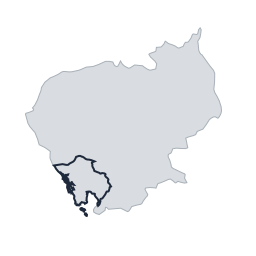 location of Kaôh Kong within Cambodia, rotated 347°
{"feature_id": "KHM-1779", "entity_name": "Kaôh Kong", "entity_type": "Province", "adm_level": 1, "iso_a3": "KHM", "parent_name": "Cambodia", "parent_adm1": "", "projection": "orthographic", "projection_center": [103.349, 11.344], "detail": "fine", "context": "in_parent", "style": "outline", "palette": "slate", "viewbox_px": 256, "rotation_deg": 347, "n_neighbors": 0, "source": "natural_earth", "source_scale": "10m", "svg_char_len": 7865}
<svg xmlns="http://www.w3.org/2000/svg" viewBox="0 0 256 256"><g transform="rotate(347 128 128)"><path d="M220.8,46.6L221.4,48.7L220.0,52.6L218.4,56.2L215.4,59.3L215.3,61.6L214.4,68.5L214.8,70.6L215.5,72.5L216.6,73.5L219.3,80.1L221.9,86.2L224.3,91.1L224.8,94.3L222.8,102.3L220.3,109.7L220.6,113.3L221.8,117.0L223.0,121.9L223.5,128.1L223.0,132.2L221.8,134.8L219.7,137.4L217.8,138.7L215.4,136.6L213.5,136.5L211.1,137.2L209.1,138.2L205.2,142.1L200.8,145.9L194.7,146.9L192.4,149.7L189.9,150.1L185.0,150.3L181.9,150.9L182.0,152.3L181.8,158.9L181.9,160.4L181.4,160.8L179.3,161.0L175.5,160.0L170.5,158.5L166.9,158.3L165.1,161.1L164.0,162.2L162.7,162.4L161.3,162.9L160.8,164.2L160.7,165.8L161.4,168.5L161.7,172.8L161.5,175.8L162.9,177.6L170.6,183.8L172.9,185.4L173.2,186.3L171.8,189.7L173.1,194.5L170.7,194.4L166.6,192.4L164.7,191.2L162.4,192.2L161.6,192.0L160.0,189.7L157.9,187.3L155.8,187.2L151.3,188.1L146.7,188.8L145.0,188.8L144.3,189.3L141.7,192.9L140.5,192.3L135.9,190.9L131.7,190.4L130.8,191.4L131.4,194.3L132.3,197.1L131.8,198.3L129.5,199.9L126.4,202.6L124.5,204.7L123.2,205.2L118.6,205.1L113.9,205.4L112.1,207.4L110.3,209.0L108.8,209.4L102.8,204.5L90.7,202.8L89.4,200.7L88.2,200.3L87.1,203.1L80.5,205.8L77.7,204.2L75.7,202.2L76.0,199.8L77.9,197.8L81.2,196.4L82.7,191.4L80.2,185.1L78.0,183.2L75.7,181.7L73.3,184.1L71.2,188.2L69.1,190.2L66.1,190.7L61.6,190.5L59.9,184.5L59.4,179.3L60.0,173.4L60.6,169.9L56.4,165.1L56.2,160.5L54.1,158.1L53.5,159.3L53.6,160.6L53.0,159.7L46.3,146.2L45.2,139.9L46.4,135.1L47.1,133.5L45.1,131.0L42.4,128.1L37.7,124.3L37.4,118.3L36.3,111.3L34.9,108.9L32.7,104.6L31.6,101.0L31.2,91.5L31.8,90.7L35.2,90.5L39.5,89.8L40.2,88.3L39.4,87.0L42.2,84.9L46.2,80.2L49.3,75.3L51.5,72.2L52.8,69.1L57.3,64.7L63.4,61.7L67.6,61.0L72.0,60.0L76.1,58.5L78.1,58.4L83.3,60.1L86.0,60.6L89.0,60.6L92.0,60.7L94.7,60.5L101.0,59.3L107.7,60.2L113.7,59.5L121.1,58.0L124.8,58.9L128.1,60.3L128.6,63.2L129.3,64.5L130.5,65.5L131.9,65.5L133.8,63.5L135.4,61.4L135.9,61.0L136.0,62.0L136.8,64.3L138.2,66.5L139.6,67.9L142.0,69.9L143.6,69.9L148.7,68.1L156.3,70.7L157.2,72.0L159.7,74.7L162.4,76.7L168.3,76.7L170.4,71.9L169.3,69.0L165.9,63.9L164.9,60.9L166.0,60.3L171.7,59.7L172.6,59.1L173.8,55.8L175.4,56.1L178.6,56.5L181.9,54.2L183.8,51.8L184.9,52.9L186.2,54.6L187.5,55.5L189.9,56.9L192.6,58.9L194.3,60.9L195.6,61.6L199.0,61.0L199.9,61.1L201.8,58.7L203.2,57.4L204.4,57.7L206.1,57.7L209.6,54.6L211.6,51.7L212.6,51.0L215.8,52.3L217.1,52.0L218.9,48.1L220.8,46.6ZM57.7,176.5L57.0,176.9L56.4,176.9L55.8,176.3L55.8,174.1L56.3,172.8L57.4,172.6L57.7,176.5ZM67.7,197.9L66.4,199.4L64.2,196.3L64.3,195.5L67.7,197.9Z" fill="#d9dde1" stroke="#a8b0b8" stroke-width="1"/><path d="M52.8,162.9L53.4,162.1L53.3,159.9L52.8,158.4L51.8,156.8L50.2,154.6L48.6,151.3L48.2,149.5L47.6,148.2L47.4,147.9L48.0,147.9L56.1,148.5L57.5,149.1L58.3,149.5L59.2,149.9L60.1,150.2L60.8,150.3L61.4,150.4L61.9,150.2L62.8,149.6L63.4,149.4L66.9,148.5L68.3,147.7L69.0,147.0L70.1,145.7L70.6,144.9L70.9,144.5L71.2,144.4L72.2,144.4L73.2,144.2L74.1,144.2L75.2,144.5L75.4,144.6L75.7,144.8L76.1,145.2L76.3,145.4L77.2,145.8L77.3,145.8L78.8,147.3L79.4,148.2L79.7,148.5L80.0,148.8L80.8,149.3L81.4,149.6L82.4,149.9L83.1,150.1L83.7,150.4L83.8,150.5L84.9,151.0L85.3,151.2L86.1,151.8L87.5,152.7L87.9,153.0L85.3,153.4L85.1,153.5L84.9,153.8L84.9,154.0L84.9,154.3L85.0,154.6L85.1,154.8L85.1,155.2L85.1,155.7L84.8,156.4L84.7,156.8L84.7,157.2L84.8,158.0L85.5,160.6L85.5,161.0L85.5,161.6L85.5,162.0L85.6,162.4L85.8,162.5L86.3,162.8L86.5,162.8L87.3,163.5L89.9,165.2L90.3,165.5L90.5,166.0L90.8,166.2L91.3,166.3L91.5,166.3L91.9,166.2L92.2,166.1L92.6,166.1L93.3,166.3L93.9,166.6L94.9,167.0L95.6,167.7L95.7,167.9L95.7,168.1L95.2,168.7L95.0,169.2L95.0,169.5L95.1,169.8L95.6,170.9L95.8,171.1L96.3,171.7L96.6,172.1L97.1,173.1L97.3,173.6L97.3,174.0L97.1,174.3L96.8,174.6L96.7,174.9L96.6,175.3L96.4,176.2L96.4,176.6L96.4,176.8L96.5,177.1L96.9,177.5L97.2,177.8L98.3,181.2L97.1,181.5L96.9,181.5L96.7,181.7L96.5,182.6L95.4,184.5L94.9,185.2L94.7,185.3L94.3,185.4L94.0,185.4L93.7,185.3L93.5,185.2L93.2,185.1L92.8,185.3L92.5,185.6L90.8,187.7L87.7,190.4L87.1,190.8L86.8,190.9L86.5,190.9L86.4,190.9L85.6,190.9L85.3,191.0L85.1,191.3L84.8,191.9L84.7,192.2L84.7,192.5L84.7,193.0L84.6,193.3L84.5,193.6L83.9,194.5L83.6,195.1L83.5,195.4L83.3,195.6L82.5,196.4L81.5,197.0L81.5,196.8L81.0,196.6L80.9,196.4L81.1,194.8L81.2,194.5L81.5,194.2L82.0,194.0L82.4,193.7L82.7,193.1L82.8,192.7L82.7,191.2L82.2,189.9L81.1,188.0L80.4,186.1L80.9,184.9L80.2,184.3L79.9,184.2L78.8,184.1L78.3,183.9L78.0,183.6L77.6,182.2L76.8,181.5L75.7,181.1L74.6,181.0L74.9,181.3L74.4,182.0L74.1,182.0L73.9,181.8L73.8,181.7L73.3,181.6L73.3,181.8L73.5,182.2L73.3,182.8L72.6,183.9L73.3,183.5L73.4,183.9L73.1,184.6L72.2,186.3L71.9,187.0L71.8,187.9L71.4,188.9L71.3,189.3L71.4,189.7L71.5,190.3L71.6,190.7L71.4,191.3L70.9,191.6L70.3,191.8L69.8,191.6L69.6,191.8L69.0,192.1L68.7,191.2L67.9,190.7L67.0,190.3L66.3,189.8L64.7,190.7L64.1,191.3L64.2,191.9L63.7,191.9L63.3,191.9L62.9,192.1L62.7,192.4L62.0,192.0L61.1,191.9L60.7,191.7L61.2,191.1L60.0,190.2L59.8,190.1L59.5,189.8L59.7,189.1L60.0,188.5L60.2,188.4L60.1,187.2L59.7,185.3L59.6,184.2L59.8,183.9L60.0,183.5L60.3,183.0L60.4,182.3L60.4,181.7L60.2,181.2L59.6,180.2L59.5,179.6L59.5,179.3L59.3,179.1L59.0,179.0L58.3,179.0L58.1,179.0L58.2,178.5L58.6,178.3L58.9,178.0L58.6,177.6L58.6,177.4L58.9,177.0L59.9,176.0L61.0,175.4L61.4,175.9L61.7,175.9L61.6,175.3L61.3,174.3L61.2,173.8L60.7,174.0L60.4,174.1L60.2,174.3L59.7,173.9L59.6,173.4L59.6,172.9L59.4,172.2L59.2,171.7L58.6,170.9L58.4,170.4L58.7,170.5L58.8,170.5L58.9,171.0L59.2,171.0L59.4,170.5L59.8,170.2L60.2,170.0L60.8,169.9L61.3,170.1L61.9,171.0L62.5,171.2L61.3,169.0L60.9,168.6L61.1,168.2L60.9,168.1L60.7,168.6L60.8,168.9L60.8,169.3L60.5,169.6L60.2,169.6L59.8,169.5L59.4,168.8L58.4,168.3L58.1,167.5L58.1,166.5L58.1,165.8L57.9,166.0L58.0,165.3L58.1,165.0L57.8,165.0L57.6,164.9L57.4,164.5L57.4,165.8L57.3,166.4L57.1,166.8L56.9,166.8L56.5,166.7L56.0,166.8L55.4,167.1L55.1,167.3L54.3,166.3L55.1,165.8L55.3,166.0L55.8,166.5L56.1,166.5L56.0,166.2L55.6,165.7L55.4,165.3L55.4,163.7L55.8,163.3L56.3,163.5L56.9,163.8L57.6,163.7L57.6,163.4L57.2,163.5L56.8,163.4L56.5,163.2L56.4,162.9L56.4,162.7L56.6,162.7L56.6,162.4L56.3,162.6L56.1,162.7L55.9,162.7L55.8,162.4L55.6,161.9L55.4,161.9L55.4,162.7L55.1,162.4L55.1,163.2L54.9,163.2L54.9,162.2L55.1,161.4L55.5,160.8L56.1,160.4L56.5,160.2L56.8,160.1L57.1,160.2L57.5,160.5L58.0,160.7L58.5,160.6L58.9,160.3L59.2,159.8L58.9,159.8L58.6,160.3L58.1,160.3L57.6,160.0L57.1,159.6L56.9,159.6L55.4,160.3L55.2,160.1L54.9,159.6L54.7,159.1L54.6,158.7L54.4,158.4L53.5,157.9L52.3,156.0L52.1,156.0L52.6,157.2L54.4,159.1L54.9,160.3L54.8,161.0L54.4,162.1L54.3,162.7L54.7,164.3L54.7,164.9L54.3,165.8L54.3,165.3L53.9,164.6L53.8,164.1L53.7,163.8L53.1,163.2L52.8,162.9ZM57.4,173.8L57.6,174.2L57.7,174.5L57.8,174.8L57.6,175.1L57.8,175.6L57.8,176.3L57.6,177.0L57.4,177.4L56.9,177.7L56.3,177.7L55.9,177.5L56.1,177.1L55.7,176.7L55.6,175.9L55.6,174.6L55.3,172.9L55.3,172.0L55.6,171.2L55.7,171.4L55.8,171.5L56.3,171.4L56.6,171.3L56.9,171.5L57.4,172.5L57.4,172.9L57.3,173.3L57.4,173.8ZM67.0,197.4L67.1,197.6L67.5,197.6L67.7,197.8L67.8,198.3L67.3,198.5L66.8,198.7L66.5,199.1L66.3,199.6L65.9,199.4L65.8,198.9L65.7,198.5L65.6,198.3L65.6,198.2L64.5,197.8L63.9,197.3L63.5,196.8L63.3,196.2L63.7,195.7L64.4,195.5L65.1,195.6L65.6,196.1L66.0,196.5L66.2,196.9L66.3,197.0L66.5,197.1L66.9,197.1L67.0,197.4ZM57.1,168.4L57.3,168.7L57.7,169.3L57.9,169.6L57.9,169.9L57.7,170.2L57.3,171.0L57.1,171.2L56.8,171.2L56.7,170.8L56.9,169.9L56.5,169.3L56.1,168.6L55.9,167.9L56.4,167.3L57.0,167.7L57.1,167.8L57.2,168.0L57.2,168.3L57.1,168.4ZM68.4,203.0L68.5,203.1L68.5,203.4L68.4,203.7L68.2,204.1L68.0,204.4L67.6,204.2L66.8,203.0L66.5,202.4L66.7,201.9L67.2,201.7L67.6,201.6L67.8,201.7L67.9,202.0L67.5,202.5L67.5,202.8L67.6,203.1L67.7,203.3L68.0,203.3L68.3,203.1L68.4,203.0Z" fill="none" stroke="#1e293b" stroke-width="2"/></g></svg>